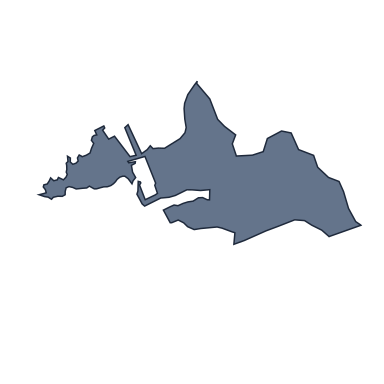 Gangseo-gu, South Gyeongsang, South Korea, rotated 66°
{"feature_id": "91817680B91211823266814", "entity_name": "Gangseo-gu", "entity_type": "district", "adm_level": 2, "iso_a3": "KOR", "parent_name": "South Korea", "parent_adm1": "South Gyeongsang", "projection": "orthographic", "projection_center": [128.865, 35.107], "detail": "fine", "context": "isolated", "style": "filled", "palette": "slate", "viewbox_px": 384, "rotation_deg": 66, "n_neighbors": 0, "source": "geoboundaries", "source_scale": "gbopen_adm2", "svg_char_len": 2433}
<svg xmlns="http://www.w3.org/2000/svg" viewBox="0 0 384 384"><g transform="rotate(66 192 192)"><path d="M290.8,51.3L285.6,54.5L270.7,55.7L253.3,53.4L242.2,53.4L234.2,61.4L220.6,67.1L220.3,67.1L208.0,66.0L196.6,77.4L196.3,77.4L178.4,77.4L172.7,85.4L173.8,101.4L184.1,110.5L182.9,121.9L177.2,136.8L177.0,136.7L176.9,136.8L164.4,135.6L157.6,128.9L145.3,135.6L136.1,139.0L135.9,139.0L114.4,137.9L114.2,137.9L95.0,143.5L94.8,143.6L92.9,142.1L94.2,144.3L95.0,145.9L101.3,156.2L107.9,162.6L112.6,165.3L122.4,168.9L130.8,171.1L135.0,174.3L138.4,181.2L140.9,199.3L138.2,204.9L136.5,210.0L132.8,211.3L135.1,215.7L136.5,222.4L104.5,223.0L105.9,227.2L135.7,228.1L134.5,234.2L109.5,240.1L109.8,246.6L99.2,248.5L98.0,245.7L95.8,245.7L96.3,255.8L101.1,255.8L100.5,258.4L101.1,260.6L103.9,262.9L107.6,262.0L111.2,266.0L114.9,269.3L115.4,273.6L115.1,278.0L114.0,278.6L112.3,280.0L114.3,282.8L117.4,283.4L118.5,286.2L118.2,289.6L115.1,291.0L111.5,289.3L108.7,291.2L113.7,292.9L114.6,295.2L116.8,295.7L120.5,297.2L122.7,298.8L125.2,298.8L127.2,301.1L128.6,304.5L124.4,308.1L126.1,310.1L125.5,313.7L121.6,315.4L123.8,317.9L125.8,321.0L125.2,324.4L126.9,325.8L130.3,325.0L133.4,325.5L133.1,328.1L132.3,332.8L136.2,328.6L138.2,325.5L141.5,323.3L140.4,320.8L141.3,316.3L143.2,312.3L142.9,309.0L139.9,307.6L137.0,305.3L137.0,302.2L139.3,299.1L142.1,296.6L144.1,290.4L145.5,286.5L144.9,283.4L149.4,280.0L150.3,277.8L150.8,274.1L151.4,270.5L152.8,267.1L153.1,263.5L152.5,260.4L151.4,257.6L150.0,255.3L149.1,251.9L149.4,248.8L150.3,246.9L153.9,244.9L160.1,243.5L157.8,241.3L155.9,237.6L149.7,238.2L143.0,236.5L142.7,232.3L141.3,231.4L139.6,237.9L137.9,238.2L140.4,220.5L169.1,221.6L170.8,223.3L179.2,224.1L179.7,226.7L180.0,237.9L164.3,237.1L162.9,235.1L161.8,235.1L160.4,236.8L169.1,241.0L171.6,243.2L178.1,242.7L182.6,242.4L185.6,241.0L184.8,223.0L187.5,215.1L188.4,208.6L187.9,195.8L190.1,191.0L194.1,183.6L197.1,174.8L206.3,179.2L205.3,181.2L201.4,184.6L199.9,188.5L200.8,194.7L199.4,199.7L198.8,204.8L198.8,210.4L196.6,213.7L196.6,218.0L196.9,225.5L211.2,224.4L211.8,223.0L212.0,216.0L216.8,212.1L221.9,210.1L227.2,205.3L228.9,198.9L234.1,183.5L234.1,183.4L237.2,179.3L245.0,171.3L246.5,169.5L246.6,169.4L246.9,169.5L256.8,175.0L257.6,163.9L257.6,159.2L257.6,148.9L257.6,140.2L258.4,126.8L259.2,109.5L263.9,100.8L271.0,96.1L279.6,89.0L288.2,85.0L288.5,84.9L288.5,84.3L291.1,51.2L290.8,51.3Z" fill="#64748b" stroke="#1e293b" stroke-width="1.5"/></g></svg>